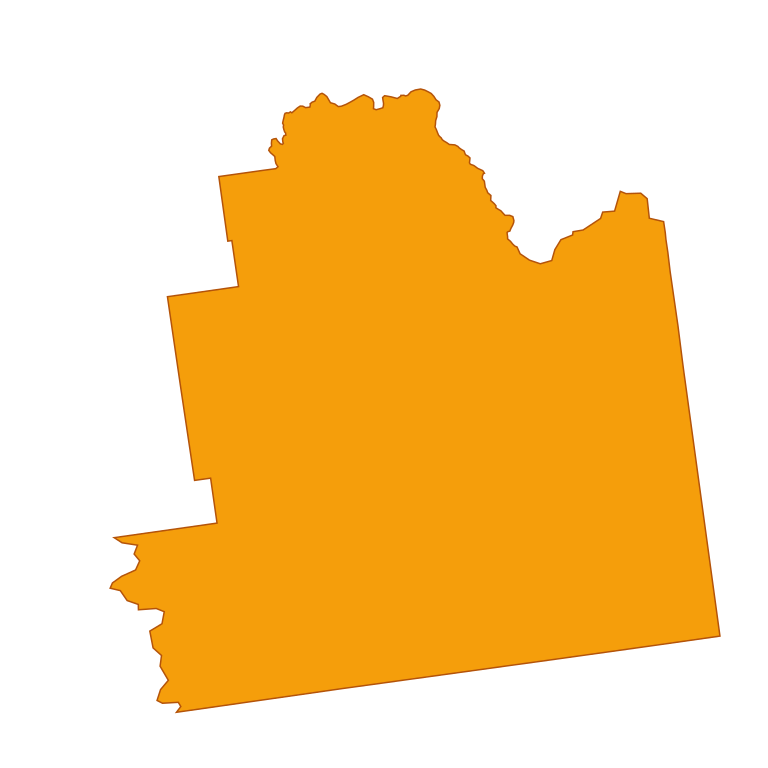 Lincoln, Montana, United States of America (Equal Earth projection), rotated 172°
{"feature_id": "52423323B47513182951794", "entity_name": "Lincoln", "entity_type": "district", "adm_level": 2, "iso_a3": "USA", "parent_name": "United States of America", "parent_adm1": "Montana", "projection": "equal_earth", "projection_center": [-115.378, 48.446], "detail": "fine", "context": "isolated", "style": "filled", "palette": "amber", "viewbox_px": 768, "rotation_deg": 172, "n_neighbors": 0, "source": "geoboundaries", "source_scale": "gbopen_adm2", "svg_char_len": 2982}
<svg xmlns="http://www.w3.org/2000/svg" viewBox="0 0 768 768"><g transform="rotate(172 384 384)"><path d="M518.7,612.4L518.8,547.2L514.7,547.2L514.5,500.7L586.3,500.6L585.8,407.8L585.0,314.9L568.8,314.9L568.7,269.5L672.6,269.4L665.5,263.2L650.5,258.7L655.1,250.4L650.5,242.9L655.9,234.4L670.6,230.1L680.6,224.8L683.6,219.9L673.9,216.1L668.5,205.3L658.0,199.9L658.6,194.6L640.8,193.4L633.3,189.1L637.2,177.5L650.3,171.9L649.4,154.8L642.1,146.1L645.0,135.7L638.8,120.6L647.8,112.5L652.8,102.2L647.8,98.7L632.0,97.4L630.1,92.9L635.2,87.8L550.3,88.0L468.0,88.2L252.2,87.6L158.3,87.5L86.4,87.6L85.4,346.0L85.4,353.0L85.3,364.3L84.8,400.5L85.0,455.9L84.6,474.7L84.7,488.0L84.4,494.6L84.5,505.9L98.2,511.2L97.6,530.9L103.2,537.2L117.8,538.8L123.2,541.9L131.6,523.1L143.5,523.8L146.5,517.8L165.4,508.8L175.6,508.5L176.5,505.3L188.7,502.3L196.1,493.3L200.7,482.9L212.5,481.3L222.7,486.4L231.1,494.0L233.2,501.2L235.3,502.4L237.2,504.8L238.9,507.7L241.4,510.5L241.1,512.6L241.1,515.8L241.0,517.0L240.1,517.6L238.1,517.9L236.8,520.2L234.4,523.5L233.1,525.9L232.6,527.7L233.1,531.8L236.0,533.5L240.7,534.2L242.1,536.2L244.2,539.3L246.5,541.1L248.7,543.0L248.3,544.9L249.7,547.2L252.8,550.9L251.9,555.8L254.7,559.0L255.2,561.5L256.4,564.7L256.4,568.4L256.4,570.9L258.1,573.6L257.6,576.3L256.3,578.5L255.2,578.7L255.8,580.1L256.5,581.5L258.8,583.0L261.2,584.5L263.5,586.8L264.7,587.9L267.9,589.6L268.6,591.1L267.9,593.7L267.4,595.9L269.1,598.0L271.3,599.6L271.8,601.1L272.2,603.5L274.6,605.4L276.7,607.4L277.8,609.0L280.5,610.9L284.0,611.7L286.0,612.1L288.2,614.2L290.7,616.2L292.3,617.8L293.1,619.8L294.3,621.2L295.3,622.7L296.0,625.3L296.8,628.8L297.7,631.5L296.9,634.1L296.2,637.6L294.4,641.4L293.7,645.6L291.0,649.0L289.9,652.2L290.3,655.6L292.9,658.2L294.6,661.9L296.8,665.1L299.3,667.0L302.8,669.4L306.6,671.0L312.1,670.8L316.6,669.6L319.2,667.5L320.3,666.6L322.5,666.2L324.0,667.1L327.1,667.5L327.4,666.6L331.1,664.9L336.8,667.3L341.6,668.9L343.3,669.4L345.5,667.9L345.5,665.3L345.4,662.0L345.8,659.9L346.7,657.7L350.3,657.1L353.6,656.7L356.1,658.1L355.6,660.4L355.0,664.3L355.8,667.7L359.5,670.6L363.8,673.3L369.8,671.4L374.4,669.3L378.2,667.8L382.6,666.2L387.6,665.0L390.7,665.1L393.7,668.1L397.9,670.0L399.3,673.4L400.6,676.6L403.0,679.1L404.9,680.5L407.0,680.0L408.3,679.0L410.6,677.2L413.2,673.7L416.0,673.1L418.2,671.7L418.1,670.6L418.9,668.5L423.2,668.6L425.7,670.4L428.3,670.9L431.4,669.4L433.6,667.9L435.6,666.6L437.5,665.4L438.8,666.5L440.8,665.6L442.6,666.1L444.3,665.8L445.2,664.3L445.8,662.4L447.1,659.1L448.1,656.4L447.4,654.4L448.0,652.5L447.8,650.3L447.3,647.5L446.5,646.3L446.6,644.0L448.4,643.9L450.4,641.0L450.5,637.6L450.1,636.5L451.2,635.4L453.2,636.2L455.5,639.5L456.7,642.1L459.4,642.0L461.2,641.4L462.0,638.1L462.2,635.2L464.6,633.5L465.6,631.4L464.2,628.8L462.5,626.9L460.5,624.5L460.6,620.3L460.3,617.3L459.5,615.5L458.7,613.9L461.2,612.3L474.5,612.4L487.4,612.4L506.1,612.4L514.3,612.4L518.7,612.4Z" fill="#f59e0b" stroke="#b45309" stroke-width="1.5"/></g></svg>